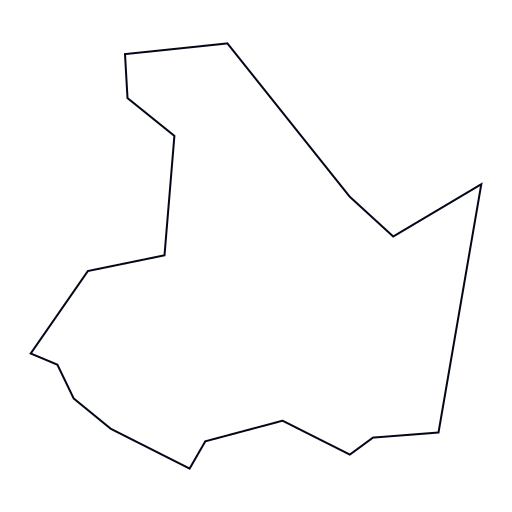 outline of Solihull
{"feature_id": "GBR-5695", "entity_name": "Solihull", "entity_type": "Metropolitan Borough", "adm_level": 1, "iso_a3": "GBR", "parent_name": "United Kingdom", "parent_adm1": "", "projection": "robinson", "projection_center": [-1.737, 52.417], "detail": "fine", "context": "isolated", "style": "outline", "palette": "ink", "viewbox_px": 512, "rotation_deg": 0, "n_neighbors": 0, "source": "natural_earth", "source_scale": "10m", "svg_char_len": 360}
<svg xmlns="http://www.w3.org/2000/svg" viewBox="0 0 512 512"><path d="M481.3,184.2L438.5,432.5L373.0,437.6L349.8,454.6L282.5,420.7L205.3,441.3L189.6,468.6L110.8,428.8L73.7,398.5L57.4,364.7L30.7,353.5L87.9,271.0L164.5,255.3L174.4,135.9L127.5,98.1L125.0,54.1L227.4,43.4L349.7,196.7L393.2,236.5L481.3,184.2Z" fill="none" stroke="#020617" stroke-width="2"/></svg>